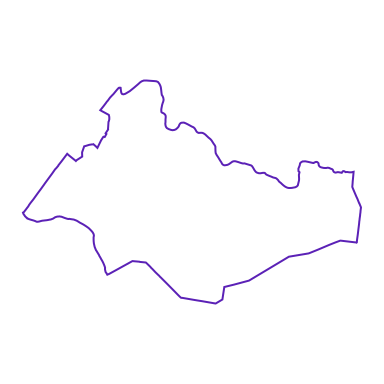 Brunavas pag., Bauska, Latvia
{"feature_id": "27541924B75400178826619", "entity_name": "Brunavas pag.", "entity_type": "district", "adm_level": 2, "iso_a3": "LVA", "parent_name": "Latvia", "parent_adm1": "Bauska", "projection": "mercator", "projection_center": [24.423, 56.313], "detail": "fine", "context": "isolated", "style": "outline", "palette": "violet", "viewbox_px": 384, "rotation_deg": 0, "n_neighbors": 0, "source": "geoboundaries", "source_scale": "gbopen_adm2", "svg_char_len": 5831}
<svg xmlns="http://www.w3.org/2000/svg" viewBox="0 0 384 384"><path d="M23.0,212.6L23.4,213.8L24.1,214.9L24.6,215.4L24.9,216.1L26.3,217.5L26.3,217.4L26.9,217.9L27.6,218.4L28.4,218.9L29.2,219.2L30.1,219.5L31.8,220.0L33.6,220.5L35.3,221.1L36.1,221.5L37.0,221.8L37.9,221.7L38.8,221.6L39.6,221.4L41.4,220.9L42.3,220.7L46.8,220.2L48.5,219.9L50.3,219.5L50.8,219.5L51.2,219.3L52.9,218.7L54.8,217.5L55.2,217.2L55.6,217.1L56.5,216.8L56.9,216.7L57.3,216.6L58.2,216.5L58.7,216.5L59.6,216.4L60.0,216.5L60.5,216.6L61.4,216.7L62.2,217.0L63.5,217.5L64.8,218.0L67.3,218.8L67.8,218.9L68.2,219.0L68.7,219.0L69.0,218.9L69.5,218.9L70.0,219.0L72.6,219.4L73.5,219.5L73.9,219.6L75.2,220.1L76.5,220.6L76.9,220.8L78.4,221.7L79.6,222.5L82.8,224.2L83.5,224.6L85.1,225.6L86.6,226.6L88.0,227.6L88.8,228.2L89.1,228.5L90.7,230.1L91.9,231.4L92.2,231.8L92.5,232.1L92.7,232.5L93.0,232.9L93.6,234.1L93.7,234.5L93.8,235.0L93.9,235.4L93.8,236.3L93.6,237.2L93.6,238.1L93.6,239.0L93.6,239.9L93.7,241.7L93.8,242.6L93.9,243.5L94.1,244.4L94.3,245.3L94.5,246.2L94.7,247.0L94.9,247.5L95.4,248.7L95.7,249.5L96.1,250.4L96.4,250.7L97.1,251.9L98.5,254.2L99.0,255.0L99.4,256.0L99.9,256.8L100.6,258.0L101.0,258.8L102.4,261.2L102.8,262.0L103.2,262.8L104.3,265.4L104.9,267.1L105.0,267.5L105.1,268.0L105.0,268.4L105.0,268.9L105.0,269.3L105.1,269.8L105.3,270.7L105.5,271.6L105.6,272.0L105.8,272.3L106.3,273.0L106.6,273.3L106.8,273.8L107.3,274.7L108.4,274.2L108.8,274.1L116.1,270.1L132.4,261.1L139.4,261.7L139.8,261.9L145.8,262.5L146.0,262.6L150.3,266.8L151.3,268.0L152.2,268.8L155.4,272.2L158.3,275.0L159.0,275.6L160.2,277.0L160.5,277.2L161.5,278.2L165.1,281.8L167.9,284.6L177.8,294.7L179.3,296.2L179.4,296.3L180.7,297.5L180.8,297.6L181.0,297.7L181.2,297.8L182.5,297.9L191.2,299.4L193.5,299.8L197.7,300.5L202.2,301.2L213.7,303.2L214.0,303.2L214.1,303.3L215.7,303.5L222.4,299.5L224.3,287.0L234.1,284.6L249.0,280.6L288.9,256.7L308.7,253.4L318.1,249.6L329.2,244.9L335.5,242.4L340.1,240.7L341.1,240.7L354.7,242.3L356.4,242.5L356.5,242.6L356.8,242.4L356.8,242.2L357.1,239.4L357.8,234.4L358.4,229.3L359.0,224.5L359.0,224.4L359.1,223.5L359.3,221.3L359.5,220.1L359.6,218.9L360.1,215.3L360.1,214.9L360.2,214.1L360.5,211.9L360.5,211.2L360.9,208.1L361.0,207.8L360.9,207.4L360.9,207.2L360.8,206.9L359.5,203.8L359.5,203.7L359.4,203.4L359.2,203.3L358.5,201.6L357.4,198.8L356.4,196.7L355.8,195.3L354.3,191.8L353.2,189.2L352.9,188.5L352.4,187.2L352.3,186.9L352.3,186.7L352.6,183.2L352.7,181.5L353.2,176.4L353.6,171.8L351.5,172.3L349.2,172.3L347.2,172.0L345.5,172.1L345.4,171.9L345.0,171.7L344.4,171.3L343.9,171.2L343.2,171.1L342.9,171.3L342.5,171.8L342.3,172.0L342.1,172.2L341.9,172.3L341.7,172.8L340.3,172.5L337.9,172.1L335.6,172.6L335.0,172.5L334.1,172.1L333.5,171.5L332.8,169.8L332.4,169.4L331.7,169.0L330.7,168.7L329.3,168.0L328.4,167.8L327.6,167.7L326.2,168.0L324.8,168.0L323.5,167.9L321.3,167.4L320.3,167.0L319.5,166.4L318.8,165.4L318.5,163.4L318.3,163.0L317.3,162.1L316.5,161.9L315.6,162.0L314.7,162.4L314.1,162.6L313.7,163.0L313.1,163.0L307.8,161.8L305.2,161.3L303.9,161.4L302.7,161.4L301.3,162.1L300.1,163.3L299.7,165.4L298.4,168.7L298.5,171.2L299.5,172.2L298.9,174.9L299.1,178.9L299.0,180.5L298.5,182.5L297.8,185.4L297.0,186.3L295.5,187.2L294.0,187.5L291.8,187.9L290.1,188.0L288.8,188.0L287.3,187.7L285.4,186.8L283.6,185.5L282.0,184.1L281.0,183.1L280.1,182.4L278.9,181.4L278.2,180.2L277.2,179.2L276.3,178.4L275.4,178.0L273.2,177.5L271.2,176.6L270.1,176.2L268.6,175.6L266.4,174.6L265.6,173.9L265.4,173.6L265.3,173.4L264.8,173.0L264.1,172.8L262.5,172.9L260.3,173.3L258.7,173.2L256.9,172.6L256.2,172.2L255.4,171.4L254.3,169.9L254.1,169.5L253.9,169.1L253.4,168.3L253.1,167.7L252.0,166.1L251.5,165.7L251.3,165.5L250.4,165.2L244.5,163.4L243.0,163.5L241.3,163.1L238.4,162.1L235.6,161.3L234.0,161.2L232.5,161.6L230.7,162.9L229.2,164.0L227.6,164.8L225.6,165.2L224.2,165.3L222.8,164.6L222.0,163.7L221.4,162.4L220.7,161.4L219.5,159.5L218.2,157.3L216.6,154.9L215.7,153.1L215.5,151.4L215.4,148.8L215.4,146.7L215.0,145.7L214.5,144.9L213.7,143.8L211.6,140.5L210.4,139.1L208.4,137.5L207.4,136.5L206.7,135.9L205.4,134.6L203.5,133.3L202.0,132.8L200.5,132.8L198.5,132.9L197.2,132.2L196.5,131.5L195.6,129.9L194.7,128.4L193.5,127.3L191.7,126.5L190.1,125.6L187.9,124.4L185.7,123.3L183.9,122.6L181.8,122.7L180.8,123.0L180.1,123.6L179.4,124.6L179.0,125.7L178.6,126.6L177.5,127.9L175.9,129.3L174.5,129.9L172.6,130.2L171.0,129.9L168.7,129.1L166.9,128.1L166.3,127.3L165.9,126.7L165.5,125.3L165.3,123.7L165.5,122.0L165.5,119.4L165.7,117.5L165.7,116.0L165.1,114.6L163.6,113.3L162.1,112.7L161.4,112.0L161.3,111.0L161.3,109.2L162.1,105.0L162.7,103.0L163.2,101.7L163.6,99.9L163.3,97.9L162.7,96.3L161.8,94.9L161.5,92.9L161.2,90.1L160.8,87.2L160.2,85.4L159.3,83.7L158.0,82.0L156.4,81.3L154.5,81.1L150.3,80.8L146.2,80.5L143.9,80.5L141.7,81.3L140.2,82.3L138.0,84.3L133.9,87.8L129.7,91.2L125.3,93.8L123.6,94.3L122.2,94.1L121.3,92.8L120.9,90.5L120.6,87.8L120.1,87.7L120.0,87.9L119.8,87.9L119.6,87.9L119.3,87.9L119.1,87.8L118.9,87.8L118.6,88.0L117.2,89.5L113.4,94.1L111.7,95.8L110.9,96.7L110.1,97.5L107.7,100.8L106.9,101.6L106.3,102.5L104.8,104.5L103.5,106.2L100.3,110.2L101.8,111.1L103.1,111.8L104.6,112.6L108.8,114.9L109.2,116.5L109.3,117.7L109.3,119.3L108.8,121.3L108.5,121.8L108.1,127.9L108.0,129.1L108.1,129.5L105.6,133.3L106.4,134.0L106.2,134.3L104.9,136.8L104.7,137.0L103.7,136.7L103.5,136.8L103.3,136.9L103.2,137.0L101.1,140.3L97.4,147.9L95.8,146.3L93.5,144.3L93.4,144.4L92.0,144.4L89.4,144.8L88.7,145.0L85.5,146.0L84.2,146.3L82.1,152.3L82.1,153.4L82.2,156.6L76.6,160.2L75.9,161.0L75.8,160.9L69.7,156.0L69.3,155.7L67.2,153.8L61.7,161.1L58.4,165.3L58.3,165.7L56.3,168.1L55.1,169.3L52.1,173.6L49.3,177.4L44.6,183.8L44.3,184.3L42.7,186.5L41.2,188.6L38.0,192.9L34.4,197.9L33.4,199.3L31.9,201.2L30.7,202.7L29.1,204.9L28.2,206.5L27.3,207.6L25.9,209.5L23.7,212.3L23.0,212.6Z" fill="none" stroke="#5b21b6" stroke-width="2"/></svg>